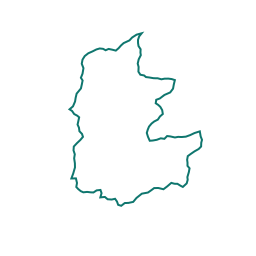 outline of Ribeirão das Neves, Minas Gerais, Brazil, rotated 43°
{"feature_id": "56859067B16245671145058", "entity_name": "Ribeirão das Neves", "entity_type": "district", "adm_level": 2, "iso_a3": "BRA", "parent_name": "Brazil", "parent_adm1": "Minas Gerais", "projection": "equal_earth", "projection_center": [-44.069, -19.777], "detail": "fine", "context": "isolated", "style": "outline", "palette": "teal", "viewbox_px": 256, "rotation_deg": 43, "n_neighbors": 0, "source": "geoboundaries", "source_scale": "gbopen_adm2", "svg_char_len": 1951}
<svg xmlns="http://www.w3.org/2000/svg" viewBox="0 0 256 256"><g transform="rotate(43 128 128)"><path d="M208.3,133.7L208.7,128.5L207.0,125.2L204.9,123.4L202.6,118.8L200.5,115.5L197.3,115.1L195.2,112.8L192.9,110.9L190.9,107.8L191.6,104.1L192.6,99.6L194.0,95.2L194.1,91.7L191.6,88.8L190.2,86.2L186.9,84.6L182.8,81.5L180.1,86.3L178.3,90.8L176.2,94.9L173.3,98.1L170.7,100.3L168.8,102.9L164.7,105.3L162.1,107.2L162.0,111.1L159.0,113.2L157.1,117.0L154.7,120.2L152.6,122.5L148.6,120.8L145.1,118.8L143.6,115.8L142.4,112.6L142.2,108.7L142.7,105.4L144.1,101.5L143.5,97.7L143.9,94.0L140.8,91.6L137.2,90.5L134.4,90.5L131.4,91.0L129.4,88.1L131.1,84.8L132.1,79.0L134.6,73.2L134.1,68.5L131.8,64.9L129.6,61.0L126.6,62.4L123.8,64.4L121.1,67.0L119.2,69.6L115.8,71.4L112.8,74.1L109.0,76.6L106.4,78.5L103.9,78.6L100.7,80.6L97.2,79.7L94.1,76.1L91.2,74.3L89.0,70.5L87.7,66.0L85.7,64.4L83.5,61.8L79.8,60.9L77.4,59.0L75.2,56.7L73.7,53.4L73.4,49.4L70.6,53.9L69.3,59.0L69.3,63.0L66.9,68.9L66.6,72.4L66.7,76.1L66.3,79.7L63.0,81.5L59.9,83.4L58.6,86.4L55.8,87.1L53.1,89.1L51.3,92.1L49.8,96.2L48.0,100.4L47.3,104.9L48.1,109.0L50.4,112.6L54.6,114.6L57.7,119.3L59.3,123.4L62.4,124.2L64.5,127.6L66.6,131.2L67.0,137.9L69.1,141.6L71.2,144.7L73.0,149.7L72.5,154.2L75.5,153.7L79.1,154.5L82.5,153.6L85.0,153.5L86.6,156.2L88.8,159.9L91.9,161.2L94.7,163.5L98.4,163.7L101.1,165.2L101.3,169.3L101.0,174.0L101.0,178.5L103.4,181.5L107.0,183.5L109.3,186.9L113.2,190.0L116.1,193.0L119.0,198.7L121.0,203.5L124.3,200.4L128.2,203.0L130.4,206.4L133.2,206.6L136.5,206.4L139.2,205.5L141.7,202.6L144.6,200.5L146.7,198.7L147.6,195.0L150.1,192.1L153.1,193.7L155.1,197.6L158.1,194.2L161.7,194.0L164.9,191.4L166.8,188.6L170.1,189.3L173.2,190.9L176.1,189.5L176.8,185.1L179.4,182.5L182.2,178.5L181.9,173.4L182.9,166.6L186.6,161.6L187.5,157.4L188.1,154.1L191.1,151.2L195.7,148.6L196.5,144.0L197.1,138.6L200.0,137.1L202.2,135.1L205.8,134.4L208.3,133.7Z" fill="none" stroke="#0f766e" stroke-width="2"/></g></svg>